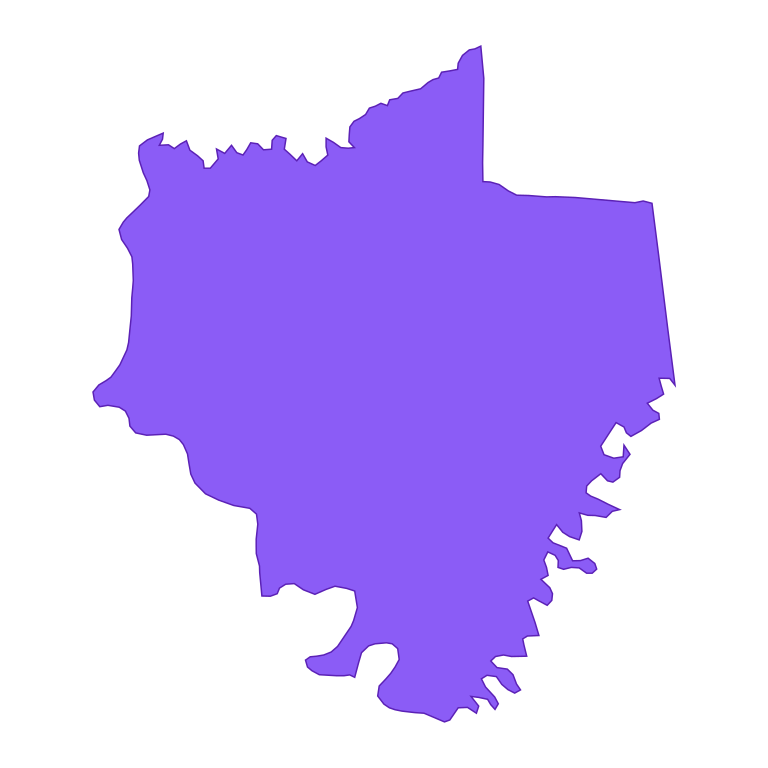 Ubiratã, Paraná, Brazil
{"feature_id": "56859067B31755349623241", "entity_name": "Ubiratã", "entity_type": "district", "adm_level": 2, "iso_a3": "BRA", "parent_name": "Brazil", "parent_adm1": "Paraná", "projection": "mercator", "projection_center": [-53.022, -24.51], "detail": "fine", "context": "isolated", "style": "filled", "palette": "violet", "viewbox_px": 768, "rotation_deg": 0, "n_neighbors": 0, "source": "geoboundaries", "source_scale": "gbopen_adm2", "svg_char_len": 3723}
<svg xmlns="http://www.w3.org/2000/svg" viewBox="0 0 768 768"><path d="M277.2,593.7L279.5,588.1L285.7,584.2L294.3,583.6L303.4,589.8L314.9,594.3L326.1,589.4L335.0,586.2L346.7,588.4L354.7,591.0L357.4,607.6L353.6,620.6L351.2,626.3L337.6,646.4L331.2,652.0L323.7,655.0L316.6,656.2L310.2,656.8L305.5,660.1L307.5,667.0L311.9,670.7L319.3,674.7L336.3,675.7L344.2,675.7L349.7,674.9L354.7,677.3L358.5,663.0L361.5,652.7L368.6,645.9L375.0,643.8L386.5,642.8L392.2,643.8L397.7,648.6L399.2,659.5L395.1,667.0L390.7,673.4L386.0,678.8L379.2,686.0L377.7,696.0L383.9,704.1L389.4,707.8L395.0,709.7L401.9,711.1L414.8,712.6L424.0,713.2L444.5,721.9L449.8,720.0L458.2,707.8L467.5,707.4L476.4,713.2L478.7,706.1L471.0,696.4L478.7,697.4L487.6,699.3L490.8,704.7L495.0,709.4L498.3,703.8L494.7,697.0L485.5,687.0L481.4,678.8L487.0,675.3L496.4,676.6L501.8,684.4L507.9,689.6L514.7,693.1L520.5,689.9L516.5,684.0L513.0,674.7L507.3,669.1L497.0,667.6L490.8,661.0L495.5,656.5L503.5,655.0L511.5,656.5L526.7,656.2L523.9,644.8L522.7,638.9L527.4,636.0L538.9,635.5L535.1,622.7L527.7,601.1L533.6,597.9L539.3,601.1L547.2,605.3L551.8,600.4L552.5,593.7L549.8,587.7L540.9,579.3L548.1,575.4L546.5,567.4L543.8,560.0L547.8,551.9L555.1,555.3L558.3,560.5L558.0,567.4L563.6,569.3L571.3,567.4L579.2,567.9L586.6,573.2L592.2,573.2L596.7,569.1L594.8,563.5L588.1,558.2L580.4,560.6L572.6,560.8L566.6,548.2L553.0,542.8L548.1,538.1L552.1,531.7L556.6,524.6L562.8,532.3L569.6,536.6L579.2,539.9L581.9,531.4L581.4,520.7L579.3,512.9L587.8,515.3L595.2,515.5L606.1,517.4L612.3,511.3L619.6,509.6L607.8,504.1L598.2,499.2L590.7,496.1L586.1,492.8L586.7,486.0L591.6,480.8L600.8,473.7L607.5,480.8L612.9,482.1L619.6,477.3L620.0,470.7L622.6,463.6L630.0,454.3L624.0,445.2L623.2,456.8L613.8,458.2L604.0,454.7L600.7,446.2L610.2,431.6L616.1,422.6L624.0,427.0L626.4,432.8L630.9,436.4L641.5,430.5L651.1,423.1L659.4,419.3L658.8,413.4L652.9,410.2L647.3,403.2L656.5,398.6L663.6,394.1L661.2,386.0L659.1,378.2L669.7,378.4L675.0,385.2L667.6,327.6L658.5,254.1L652.0,203.3L643.2,201.0L634.9,202.7L575.1,197.5L555.4,196.7L546.6,196.9L528.6,195.5L516.7,195.2L508.3,190.9L499.1,184.5L490.2,182.0L482.9,181.6L482.6,162.6L482.9,145.7L483.8,78.3L480.8,46.1L474.9,48.9L469.3,49.9L462.5,55.4L458.2,63.2L457.6,69.4L449.8,70.9L441.6,72.2L438.7,78.0L433.0,79.6L428.1,82.5L420.6,88.8L409.8,91.3L402.9,93.0L397.8,98.4L389.7,99.8L387.4,105.6L380.9,103.3L375.3,106.2L369.4,108.1L365.6,114.5L359.4,118.6L354.0,121.3L349.9,126.9L349.3,134.1L348.9,141.8L354.4,147.6L348.2,148.2L340.8,147.6L333.5,142.4L326.1,138.2L326.1,146.9L327.8,155.1L321.1,160.9L315.2,165.5L307.3,161.9L302.6,153.7L296.8,160.8L289.8,154.1L284.3,149.2L286.0,138.5L276.3,135.6L272.2,140.3L271.6,149.2L263.5,149.8L257.7,143.8L250.7,142.8L246.8,149.6L243.0,155.0L236.8,152.7L231.5,145.3L224.7,153.4L216.5,149.0L218.2,158.9L210.3,168.2L204.1,168.2L203.1,160.8L197.6,155.8L189.9,150.2L186.4,140.8L180.5,144.0L174.3,148.6L168.5,144.8L159.3,145.3L162.5,139.2L163.2,133.1L155.7,136.3L147.4,139.9L139.5,145.9L138.6,153.1L139.3,160.3L143.3,172.8L146.9,180.6L149.9,189.9L148.7,196.5L140.1,205.2L132.4,212.6L126.9,217.8L123.3,222.1L119.0,229.4L121.6,239.5L127.5,248.2L131.9,256.8L132.7,264.1L133.3,280.6L132.7,288.1L131.8,297.8L131.3,316.0L130.1,327.6L128.6,342.5L126.9,349.9L119.9,364.8L115.7,370.7L110.9,377.2L106.0,380.7L98.9,384.9L93.0,392.0L94.4,400.1L99.8,406.7L107.9,405.3L119.2,407.2L125.4,411.1L129.0,418.3L129.9,426.1L135.7,432.9L146.6,435.2L165.8,434.2L173.4,436.1L179.4,439.6L183.4,444.6L187.5,453.9L189.0,463.6L190.8,474.1L195.0,483.1L205.5,493.8L218.9,500.2L233.8,505.5L249.8,508.3L256.5,514.1L257.8,524.2L256.2,539.1L256.2,546.3L256.3,553.6L259.5,566.0L259.7,572.5L261.9,596.0L270.4,596.2L277.2,593.7Z" fill="#8b5cf6" stroke="#5b21b6" stroke-width="1.5"/></svg>